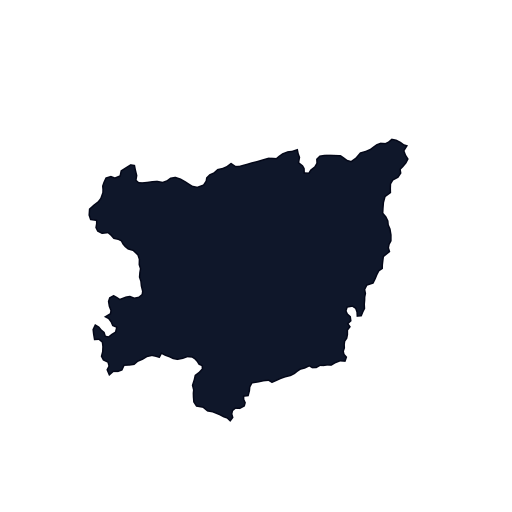 the district of Ponte Nova, Minas Gerais, Brazil, rotated 244°
{"feature_id": "56859067B79204064506839", "entity_name": "Ponte Nova", "entity_type": "district", "adm_level": 2, "iso_a3": "BRA", "parent_name": "Brazil", "parent_adm1": "Minas Gerais", "projection": "robinson", "projection_center": [-42.918, -20.421], "detail": "fine", "context": "isolated", "style": "filled", "palette": "ink", "viewbox_px": 512, "rotation_deg": 244, "n_neighbors": 0, "source": "geoboundaries", "source_scale": "gbopen_adm2", "svg_char_len": 3666}
<svg xmlns="http://www.w3.org/2000/svg" viewBox="0 0 512 512"><g transform="rotate(244 256 256)"><path d="M122.5,289.9L125.5,292.9L129.0,291.9L132.1,292.6L134.7,295.1L137.7,296.4L140.6,298.3L142.3,301.4L145.3,303.7L149.4,305.7L151.2,309.4L155.0,308.8L156.2,312.8L160.1,314.1L163.8,312.6L167.2,312.7L170.2,315.5L168.7,320.7L165.3,322.7L161.4,322.3L157.6,320.7L156.2,324.4L159.0,327.5L161.3,330.5L165.1,332.1L168.6,334.2L171.5,335.7L174.4,337.9L178.3,338.9L181.3,342.8L180.4,349.3L183.5,353.3L186.3,356.4L188.9,359.9L189.5,364.0L192.6,365.6L195.9,367.7L199.7,370.2L201.5,377.9L205.3,378.5L208.2,380.7L210.5,383.9L215.8,386.5L221.5,388.2L226.0,388.4L229.7,389.8L234.3,389.8L238.9,388.6L243.4,391.1L248.3,394.0L252.9,398.0L254.1,404.6L258.0,406.4L261.9,408.5L264.4,412.3L264.6,418.1L267.1,422.4L270.8,423.5L272.0,427.0L274.0,431.5L276.6,435.0L281.0,434.5L285.8,434.9L288.9,439.9L291.2,437.4L294.7,435.6L298.6,432.7L301.3,429.2L300.2,425.1L300.2,421.6L302.6,417.4L303.0,413.4L302.4,409.8L301.6,405.7L301.8,400.6L302.8,395.0L300.1,388.8L299.1,382.9L301.9,379.7L305.6,377.8L309.0,375.9L311.1,372.0L314.1,366.4L316.3,361.7L317.7,357.2L316.3,353.1L312.6,351.5L310.2,347.9L309.2,343.0L307.2,339.8L309.5,335.7L313.5,337.5L316.6,337.3L321.2,335.1L325.6,338.3L329.5,338.7L333.4,339.7L334.1,334.4L335.6,330.3L336.1,324.8L335.4,320.5L334.5,317.0L336.6,313.3L338.3,310.0L339.1,305.5L340.3,298.3L341.5,292.8L342.2,288.4L343.0,284.3L343.7,280.4L345.4,276.7L350.0,274.1L349.0,269.0L349.2,264.4L350.4,259.5L349.0,254.6L349.2,250.1L347.8,246.0L345.1,244.1L342.7,240.0L343.4,233.3L346.6,229.2L350.3,226.9L353.5,225.0L358.2,221.8L362.0,217.9L363.3,213.3L362.5,209.1L363.0,204.3L366.4,199.8L368.2,195.3L369.6,190.9L371.5,185.8L373.3,182.6L376.7,181.2L380.6,184.0L386.5,185.3L390.6,186.4L392.8,183.3L392.2,177.6L391.6,172.2L387.5,169.0L387.9,163.3L391.0,160.4L391.8,155.4L388.7,151.6L386.0,148.9L382.9,147.7L380.0,146.2L375.7,141.8L373.8,138.0L372.7,132.6L371.1,127.0L365.9,124.0L361.3,123.4L357.9,128.4L354.9,127.0L351.7,124.7L347.8,124.7L343.9,127.6L341.9,133.3L338.5,134.8L334.2,136.0L331.3,139.7L328.6,141.7L325.1,141.8L321.9,142.6L318.4,144.2L314.9,148.1L308.7,150.4L304.2,149.8L299.4,147.3L295.2,146.7L292.3,144.6L288.1,142.1L283.7,141.5L279.4,139.9L273.9,138.7L271.2,136.8L270.2,132.7L271.4,128.1L274.9,124.9L276.0,121.2L276.6,114.5L279.8,112.6L282.7,110.6L282.5,106.2L279.8,103.6L275.2,102.2L270.5,101.8L267.9,99.9L267.4,94.0L264.4,96.2L260.2,97.0L256.3,96.8L253.0,99.7L249.1,96.4L248.7,92.1L247.8,88.0L249.9,85.3L253.9,85.9L257.5,84.3L261.0,83.5L264.4,81.3L261.3,77.4L257.1,75.9L251.7,74.3L250.0,78.4L245.9,80.2L241.6,78.7L237.2,76.3L233.6,73.2L229.5,73.3L225.5,76.5L221.4,75.7L219.0,72.4L213.5,72.1L214.9,77.1L212.8,81.4L212.4,85.5L215.7,89.5L213.5,94.6L212.1,98.9L213.3,103.4L213.0,108.7L213.5,113.9L212.3,118.9L209.9,122.0L207.4,124.7L210.1,128.4L206.6,131.0L203.3,134.2L200.2,136.6L197.6,140.1L196.2,145.3L195.7,150.2L193.2,154.4L190.3,156.1L186.9,157.1L183.7,157.4L181.1,159.6L178.0,158.4L176.3,154.1L175.3,149.1L171.8,146.3L167.6,142.3L162.9,141.3L160.2,139.6L156.7,138.0L152.1,136.2L147.2,136.8L143.3,142.2L138.0,144.6L135.0,148.8L132.1,151.4L129.3,153.9L125.7,156.5L123.0,159.2L119.2,160.6L121.1,164.3L124.7,164.9L127.4,167.1L128.3,170.7L126.2,174.7L126.4,179.7L128.9,181.9L132.4,182.0L135.5,183.4L134.0,187.7L137.7,190.9L141.1,193.0L143.8,196.7L141.9,202.9L140.6,208.2L138.8,212.9L135.5,215.0L135.3,220.1L135.2,224.5L134.7,229.0L133.5,234.7L133.6,239.0L134.4,242.5L134.9,246.2L134.0,250.7L134.0,255.8L131.0,257.7L129.4,261.2L129.7,265.6L128.1,268.6L126.9,272.3L125.0,275.8L125.4,280.2L125.0,285.6L122.5,289.9Z" fill="#0f172a" stroke="#020617" stroke-width="1.5"/></g></svg>